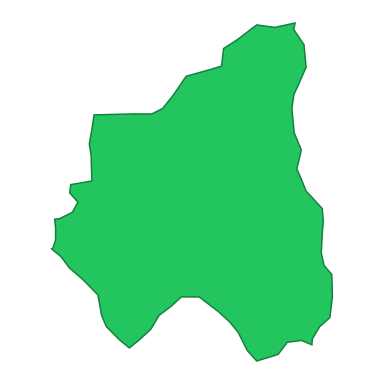 outline of Sala, Västmanland, Sweden
{"feature_id": "70781695B82098029436339", "entity_name": "Sala", "entity_type": "district", "adm_level": 2, "iso_a3": "SWE", "parent_name": "Sweden", "parent_adm1": "Västmanland", "projection": "albers", "projection_center": [16.494, 60.0], "detail": "fine", "context": "isolated", "style": "filled", "palette": "green", "viewbox_px": 384, "rotation_deg": 0, "n_neighbors": 0, "source": "geoboundaries", "source_scale": "gbopen_adm2", "svg_char_len": 1010}
<svg xmlns="http://www.w3.org/2000/svg" viewBox="0 0 384 384"><path d="M94.1,114.9L92.2,127.5L89.3,144.0L91.1,155.1L91.9,181.0L70.7,184.6L69.7,192.9L78.0,202.2L72.4,212.3L59.4,218.7L54.6,219.2L55.6,227.9L55.6,240.0L52.8,248.3L51.6,248.9L61.0,256.7L69.3,267.8L83.2,279.9L97.9,294.9L101.6,315.3L106.2,326.4L119.1,339.5L129.3,347.9L131.6,346.1L138.6,340.5L150.7,329.4L159.1,315.4L171.2,306.2L181.4,296.9L199.1,296.9L218.6,311.8L229.7,322.0L238.1,332.2L247.4,350.7L256.7,361.0L278.1,354.4L287.3,342.3L301.3,340.4L311.9,344.8L312.4,338.8L319.6,326.8L329.9,317.5L332.4,296.8L331.9,277.5L331.8,274.5L324.0,265.3L321.3,252.9L322.3,233.3L323.3,220.9L322.2,208.5L312.3,197.7L306.1,191.1L301.4,179.3L296.8,169.0L299.3,158.7L301.3,149.9L294.1,132.5L291.9,108.3L293.9,94.5L298.0,85.7L306.1,67.3L304.0,44.7L293.7,29.4L295.1,23.0L274.7,27.4L256.7,24.9L237.4,39.6L223.6,48.5L221.5,66.1L208.9,69.9L186.2,76.2L173.6,94.7L162.6,108.5L151.7,114.0L133.6,113.9L94.1,114.9Z" fill="#22c55e" stroke="#15803d" stroke-width="1.5"/></svg>